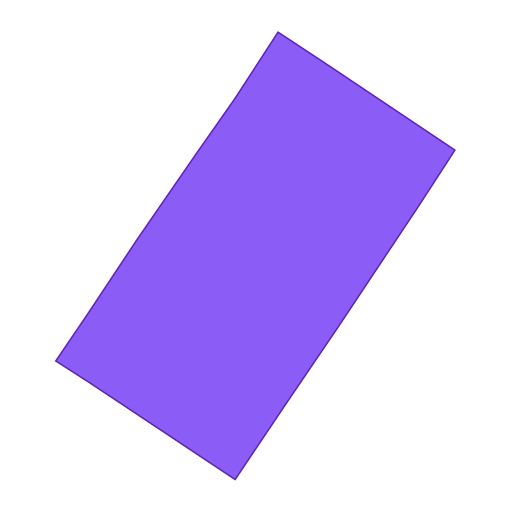 Madison, Indiana, United States of America, rotated 34°
{"feature_id": "52423323B58463345388651", "entity_name": "Madison", "entity_type": "district", "adm_level": 2, "iso_a3": "USA", "parent_name": "United States of America", "parent_adm1": "Indiana", "projection": "robinson", "projection_center": [-85.696, 40.162], "detail": "fine", "context": "isolated", "style": "filled", "palette": "violet", "viewbox_px": 512, "rotation_deg": 34, "n_neighbors": 0, "source": "geoboundaries", "source_scale": "gbopen_adm2", "svg_char_len": 382}
<svg xmlns="http://www.w3.org/2000/svg" viewBox="0 0 512 512"><g transform="rotate(34 256 256)"><path d="M361.7,57.0L206.1,57.5L149.1,58.1L150.5,137.3L149.3,203.5L148.2,308.4L148.9,401.1L148.7,455.0L191.3,454.1L363.7,453.0L363.6,412.3L363.5,359.5L363.6,332.8L363.7,302.8L363.8,273.4L363.8,266.7L362.9,123.7L361.7,57.0Z" fill="#8b5cf6" stroke="#5b21b6" stroke-width="1.5"/></g></svg>